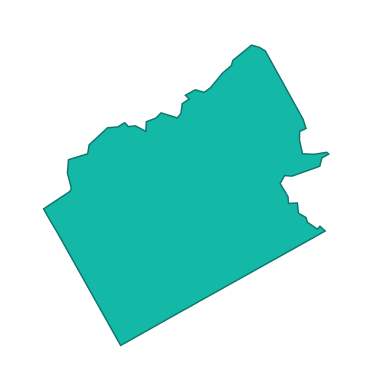 outline of Bear Lake, Idaho, United States of America, rotated 61°
{"feature_id": "52423323B15127736824866", "entity_name": "Bear Lake", "entity_type": "district", "adm_level": 2, "iso_a3": "USA", "parent_name": "United States of America", "parent_adm1": "Idaho", "projection": "orthographic", "projection_center": [-111.379, 42.301], "detail": "fine", "context": "isolated", "style": "filled", "palette": "teal", "viewbox_px": 384, "rotation_deg": 61, "n_neighbors": 0, "source": "geoboundaries", "source_scale": "gbopen_adm2", "svg_char_len": 937}
<svg xmlns="http://www.w3.org/2000/svg" viewBox="0 0 384 384"><g transform="rotate(61 192 192)"><path d="M291.6,328.8L291.2,264.3L291.2,261.4L291.2,246.0L291.1,240.4L291.0,201.1L290.9,169.7L290.7,98.5L290.7,94.4L284.0,96.7L285.3,100.4L274.4,105.7L269.5,104.7L262.1,109.2L252.7,105.2L248.8,113.1L242.6,110.3L227.3,110.8L222.5,103.1L226.6,96.8L231.4,67.7L225.2,62.0L225.1,54.0L222.6,54.9L218.3,66.8L212.2,76.8L198.9,72.9L191.2,68.5L191.7,61.5L182.3,59.6L104.2,59.5L98.2,62.9L92.4,68.8L96.7,92.4L100.6,96.4L102.7,107.2L109.8,125.4L110.8,133.0L104.2,139.6L104.2,150.9L109.3,149.3L110.0,157.7L117.9,163.6L120.1,168.9L107.8,180.7L109.9,187.8L108.4,197.9L116.6,203.0L106.7,209.4L103.9,216.0L98.8,217.2L99.1,225.4L94.9,234.7L100.9,259.1L108.0,264.7L103.9,284.4L114.9,291.7L130.2,295.7L132.3,298.4L134.8,330.0L135.0,330.0L147.2,329.9L162.8,329.4L164.4,329.4L166.1,329.4L291.6,328.8Z" fill="#14b8a6" stroke="#0f766e" stroke-width="1.5"/></g></svg>